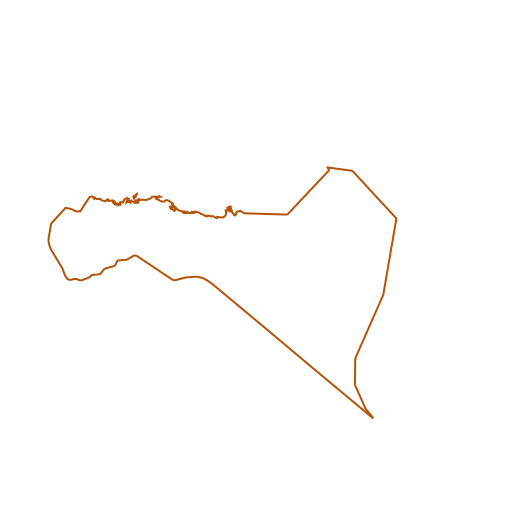 the Region of Ash Sharqiyah, rotated 304°
{"feature_id": "SAU-1098", "entity_name": "Ash Sharqiyah", "entity_type": "Region", "adm_level": 1, "iso_a3": "SAU", "parent_name": "Saudi Arabia", "parent_adm1": "", "projection": "equal_earth", "projection_center": [49.771, 23.094], "detail": "fine", "context": "isolated", "style": "outline", "palette": "amber", "viewbox_px": 512, "rotation_deg": 304, "n_neighbors": 0, "source": "natural_earth", "source_scale": "10m", "svg_char_len": 6005}
<svg xmlns="http://www.w3.org/2000/svg" viewBox="0 0 512 512"><g transform="rotate(304 256 256)"><path d="M266.8,202.1L268.5,205.6L269.6,207.1L270.8,207.7L272.2,208.0L273.5,207.9L274.7,207.4L276.3,205.9L276.3,206.2L277.5,205.9L278.1,206.6L278.4,206.4L278.4,206.9L278.3,207.1L278.0,207.4L278.1,207.7L278.2,208.1L278.2,209.1L278.3,209.3L278.7,209.1L279.0,208.8L279.7,207.4L280.3,206.8L280.5,206.4L280.5,205.7L280.8,205.9L281.6,206.1L281.9,206.9L282.5,206.9L282.9,207.2L282.9,207.4L281.6,208.1L281.4,208.6L280.8,209.3L280.5,210.2L279.1,211.4L278.4,212.7L278.3,214.6L277.8,214.7L277.8,214.8L277.8,215.8L277.9,216.0L279.3,216.1L279.9,216.0L280.6,215.4L280.9,215.3L282.4,215.7L282.9,216.1L283.6,217.0L284.6,217.4L284.7,218.6L284.7,221.4L284.8,222.2L285.2,223.0L307.4,258.1L307.9,258.6L308.5,258.9L367.6,268.6L367.9,268.5L369.5,266.0L380.1,287.4L380.3,288.0L380.4,288.8L365.6,351.4L295.0,383.2L227.5,395.4L225.3,396.4L205.0,409.7L204.5,410.1L190.8,432.0L190.4,433.0L187.6,442.7L186.9,443.9L194.8,366.2L201.4,303.9L208.3,236.2L208.5,229.2L208.2,225.4L207.6,223.2L206.6,220.5L205.7,218.5L204.7,217.0L198.9,209.7L190.7,202.5L190.3,201.9L189.8,200.8L189.6,199.4L189.4,157.8L189.1,156.3L188.6,155.1L188.0,154.5L180.6,150.9L180.1,150.6L179.7,150.0L179.1,148.9L175.3,144.4L174.8,144.0L174.3,143.8L173.7,143.7L170.3,144.5L169.2,144.4L168.2,143.9L162.5,139.0L161.1,138.0L160.1,137.5L159.0,137.3L155.2,137.1L154.2,136.9L153.8,136.6L152.8,135.8L150.6,133.3L149.2,131.2L148.7,130.7L148.3,130.4L146.0,130.1L145.0,129.7L138.5,125.2L138.0,124.6L137.5,123.8L137.2,123.0L136.6,120.3L136.3,119.6L135.9,118.9L135.0,117.8L132.8,116.0L131.9,114.5L131.7,113.9L131.6,113.3L131.7,112.2L131.9,111.3L132.5,109.6L133.0,108.6L137.0,103.1L138.1,101.1L146.4,83.2L147.8,80.8L149.6,78.4L151.9,76.0L155.2,73.9L166.0,69.1L166.3,68.7L168.7,68.1L189.3,71.2L190.7,74.0L191.9,78.1L192.1,80.5L192.6,82.3L192.9,83.0L194.4,84.5L194.6,85.3L212.1,85.1L212.6,85.8L213.5,86.3L213.6,86.5L213.8,87.9L213.8,88.9L213.6,89.6L213.0,89.4L212.9,89.8L213.3,89.8L213.7,89.7L214.0,89.4L214.1,88.9L214.4,89.2L214.4,89.4L214.1,90.0L214.0,90.8L214.1,91.9L214.4,92.5L216.3,95.0L216.4,95.3L216.1,95.9L215.9,96.5L215.9,97.1L216.0,97.8L217.1,99.7L217.0,100.2L218.2,100.9L219.2,100.9L220.2,101.4L220.1,102.0L219.9,102.0L219.6,102.0L219.2,102.2L219.1,102.4L219.1,102.8L219.8,103.8L220.3,104.3L220.7,104.5L221.3,105.5L222.2,106.6L222.3,106.9L222.1,107.6L222.1,108.3L222.2,108.5L221.6,109.7L221.3,110.0L221.5,109.3L221.4,108.6L221.5,108.2L221.7,107.7L221.6,107.2L221.3,107.6L220.9,108.8L220.5,109.1L221.0,107.4L220.9,106.8L220.7,106.9L220.5,107.3L220.0,109.5L220.0,110.0L219.9,110.2L219.9,110.4L220.2,110.4L220.3,110.2L220.5,109.7L220.6,110.9L220.7,111.2L220.9,111.2L221.2,110.9L221.3,110.6L221.4,110.9L221.4,111.8L221.7,112.0L221.9,111.8L222.2,111.2L222.2,111.7L222.1,112.1L222.2,112.4L222.2,112.5L221.8,112.7L222.1,113.5L221.5,113.2L221.3,113.2L221.1,113.5L221.6,113.8L222.0,113.7L222.3,113.4L222.5,112.9L222.8,113.3L222.6,113.7L222.5,114.3L222.6,114.8L223.0,114.8L223.2,114.6L222.8,113.9L223.0,113.6L223.3,113.5L224.3,113.3L224.6,113.5L225.4,114.4L226.2,114.9L226.4,115.2L226.0,115.6L226.3,115.8L226.6,115.8L226.8,115.5L226.6,115.2L227.4,115.5L228.3,115.6L229.1,115.2L230.5,115.6L230.8,116.0L231.4,116.9L231.8,117.3L232.0,117.5L232.2,118.6L231.9,118.6L231.7,118.4L231.6,118.1L231.7,117.7L231.0,118.4L229.8,118.3L229.3,118.8L229.1,118.8L229.0,118.3L228.6,118.3L227.7,118.8L228.7,119.2L229.2,119.7L229.5,119.9L229.7,120.2L230.2,119.7L230.5,119.2L231.0,119.6L230.9,120.0L230.2,120.7L230.1,122.2L230.6,121.9L231.1,121.4L231.4,121.3L232.1,121.7L232.0,122.3L232.3,124.2L232.2,125.5L232.4,126.0L232.8,126.0L232.7,126.5L232.9,126.7L233.1,126.7L233.4,126.4L233.3,125.9L233.5,125.6L233.8,125.6L234.2,126.0L234.3,125.7L234.4,126.1L234.1,127.4L233.9,127.5L233.4,127.4L233.6,127.8L234.1,127.9L234.3,128.3L234.5,128.1L235.0,127.2L235.0,127.4L234.9,128.0L235.1,128.1L235.7,127.8L236.6,128.2L237.0,128.3L236.4,127.5L236.2,127.0L236.5,126.6L236.8,126.6L237.3,126.9L237.5,127.0L237.7,126.9L238.1,126.4L237.8,127.6L237.8,128.1L238.1,129.2L238.6,129.6L239.0,130.1L240.4,132.6L241.0,133.6L241.9,134.2L242.7,135.0L244.1,135.8L245.0,136.6L246.6,136.7L247.3,137.2L248.0,138.0L249.2,139.9L249.6,140.7L251.2,142.2L251.6,142.7L251.7,143.5L250.7,142.4L250.1,141.9L248.5,141.6L248.3,141.3L248.1,140.1L247.9,140.3L247.7,140.9L247.6,141.4L247.6,142.1L247.7,142.4L248.1,143.2L248.1,145.6L248.7,147.9L248.9,148.4L249.3,148.9L249.7,149.2L251.7,150.0L252.4,150.8L252.8,151.8L253.0,153.2L253.0,156.6L252.9,157.3L252.7,157.9L252.2,158.3L252.2,157.8L252.0,157.6L251.8,157.8L251.6,158.1L251.7,158.9L251.6,160.1L251.3,162.1L250.9,161.8L250.8,161.4L250.8,160.4L250.6,160.0L250.0,159.4L249.7,159.2L249.6,158.3L249.5,157.9L249.0,157.2L248.7,157.0L247.9,158.5L247.4,158.9L247.5,159.3L247.9,159.9L248.2,160.9L247.8,161.1L247.8,161.4L247.9,162.7L247.8,163.2L248.1,163.3L248.5,163.1L248.6,162.6L248.5,162.1L248.8,162.2L249.2,162.8L249.5,162.8L249.5,163.4L250.3,163.6L250.6,164.0L250.7,164.5L250.9,165.1L250.9,165.3L250.5,165.9L250.7,167.3L251.3,168.9L251.7,170.0L253.1,172.0L253.7,173.2L254.0,174.6L253.8,174.6L253.4,173.2L253.2,172.9L252.3,172.4L252.0,171.9L251.7,171.5L251.3,171.5L251.3,172.1L251.4,172.5L252.0,173.1L252.2,173.4L252.4,172.9L252.5,172.9L253.4,175.2L256.1,179.3L256.7,179.9L256.4,178.6L256.8,178.3L257.0,179.1L257.3,179.4L257.5,179.8L258.7,180.4L258.9,180.7L259.4,182.1L259.2,182.3L259.5,182.8L260.1,184.5L260.2,185.2L260.0,186.6L260.1,187.0L260.7,188.8L260.8,189.3L260.7,190.6L260.9,191.8L261.1,192.6L261.3,192.9L261.5,192.3L262.1,192.9L263.0,194.4L263.4,194.9L263.8,196.9L264.4,197.4L264.9,197.9L265.1,199.1L265.1,201.0L265.7,202.5L265.9,202.7L266.3,202.7L266.8,202.1ZM237.4,121.2L238.4,121.8L240.8,122.6L240.4,122.8L239.3,122.4L238.9,122.4L238.6,122.6L238.0,123.2L237.8,123.0L237.6,123.0L237.3,122.8L237.3,122.6L237.6,122.4L237.4,121.8L237.2,121.7L236.2,122.1L235.9,122.4L235.4,123.4L235.4,122.6L235.8,121.8L236.5,121.3L237.2,121.1L237.4,121.2Z" fill="none" stroke="#b45309" stroke-width="2"/></g></svg>